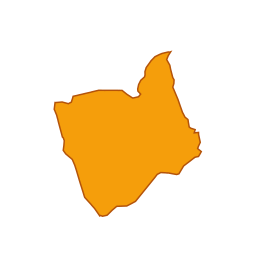 the district of As Silw, Ta`izz, Yemen, rotated 219°
{"feature_id": "15242507B98641384705731", "entity_name": "As Silw", "entity_type": "district", "adm_level": 2, "iso_a3": "YEM", "parent_name": "Yemen", "parent_adm1": "Ta`izz", "projection": "natural_earth1", "projection_center": [44.208, 13.346], "detail": "fine", "context": "isolated", "style": "filled", "palette": "amber", "viewbox_px": 256, "rotation_deg": 219, "n_neighbors": 0, "source": "geoboundaries", "source_scale": "gbopen_adm2", "svg_char_len": 2179}
<svg xmlns="http://www.w3.org/2000/svg" viewBox="0 0 256 256"><g transform="rotate(219 128 128)"><path d="M142.8,214.1L143.6,212.9L144.5,212.5L148.5,207.3L149.8,204.9L151.9,200.4L152.4,194.8L152.2,192.0L152.1,190.0L151.9,186.5L150.3,182.5L148.1,179.9L147.3,178.1L148.1,173.1L147.1,168.5L145.0,164.4L143.5,162.9L139.5,162.3L139.5,158.9L140.1,158.1L143.1,154.3L144.2,154.1L145.3,154.0L150.0,153.5L151.4,153.5L152.7,153.5L156.2,153.5L158.4,151.8L158.7,151.5L159.1,151.2L159.3,151.1L168.6,143.6L170.0,142.4L170.3,142.2L170.7,141.9L170.8,141.8L174.6,138.8L174.7,138.6L176.2,136.7L178.9,133.2L179.3,132.6L179.5,132.3L180.3,131.3L182.9,128.0L185.2,125.0L186.0,124.0L187.4,122.2L187.8,121.6L190.6,118.1L189.6,115.8L188.3,112.4L189.3,110.2L189.6,109.4L194.5,107.2L195.5,106.8L195.7,106.6L200.5,102.0L200.7,101.9L199.6,100.1L197.1,96.1L196.5,95.8L196.2,95.6L195.7,95.4L194.5,94.7L191.7,93.2L191.4,93.0L189.0,91.2L188.8,91.1L188.2,90.7L186.3,89.2L181.1,85.4L173.8,80.1L173.3,79.7L172.7,79.7L172.3,79.7L169.6,78.1L166.9,74.2L164.6,70.4L164.3,69.9L164.0,69.8L160.1,68.7L154.8,68.6L151.5,68.5L146.0,65.6L141.4,62.6L133.1,56.9L129.1,54.2L128.9,54.1L128.2,53.6L127.7,53.3L124.4,51.1L124.1,50.9L123.3,50.4L119.5,47.8L118.1,46.9L117.2,46.7L114.6,46.3L108.1,45.3L107.9,45.2L103.7,44.5L102.5,44.2L94.6,41.9L94.4,42.7L92.3,43.4L89.4,47.0L89.2,48.2L88.6,54.0L87.6,59.4L87.5,59.8L87.4,60.1L80.5,66.1L79.9,66.6L77.7,71.6L76.0,75.7L76.0,83.8L76.0,89.3L76.0,95.9L76.0,99.9L76.0,106.4L76.1,110.5L75.7,111.2L74.8,113.3L74.6,113.9L74.5,114.0L70.5,116.9L69.4,117.6L68.1,118.6L64.5,120.5L60.9,122.5L59.6,124.4L59.7,125.2L60.9,133.5L57.6,147.3L56.8,148.4L56.3,149.0L55.3,150.2L55.6,152.5L56.2,155.8L60.2,155.8L61.0,155.9L61.8,158.3L62.8,162.3L69.0,167.3L70.4,168.9L73.5,165.9L74.8,169.0L79.2,167.3L79.7,167.3L81.1,167.3L85.0,170.7L85.1,170.8L85.8,171.5L86.8,172.3L90.6,172.3L93.5,173.6L95.2,174.3L95.4,174.3L95.6,174.5L101.5,178.1L106.6,181.3L107.3,181.7L109.9,183.1L116.6,186.7L118.9,187.9L119.4,189.1L119.7,189.9L120.0,190.6L120.4,191.5L122.5,194.4L125.0,195.4L131.8,200.4L135.0,203.1L141.0,205.5L142.2,209.4L142.3,209.9L142.5,211.6L142.8,214.1Z" fill="#f59e0b" stroke="#b45309" stroke-width="1.5"/></g></svg>